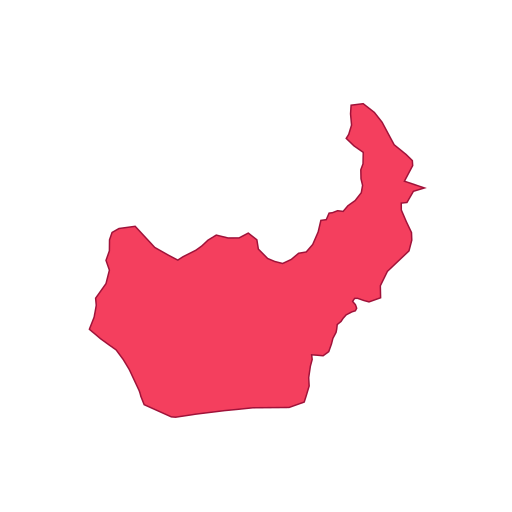 Psevdas, Larnaca, Cyprus, rotated 218°
{"feature_id": "46923920B98368391425464", "entity_name": "Psevdas", "entity_type": "district", "adm_level": 2, "iso_a3": "CYP", "parent_name": "Cyprus", "parent_adm1": "Larnaca", "projection": "equal_earth", "projection_center": [33.47, 34.949], "detail": "fine", "context": "isolated", "style": "filled", "palette": "rose", "viewbox_px": 512, "rotation_deg": 218, "n_neighbors": 0, "source": "geoboundaries", "source_scale": "gbopen_adm2", "svg_char_len": 1806}
<svg xmlns="http://www.w3.org/2000/svg" viewBox="0 0 512 512"><g transform="rotate(218 256 256)"><path d="M128.1,170.6L130.2,176.3L134.1,186.3L139.6,192.6L145.3,202.6L148.0,209.0L151.3,212.4L147.3,215.1L141.7,218.7L139.8,225.4L142.4,233.2L144.7,238.4L145.9,245.1L147.3,247.9L149.8,252.0L148.7,256.8L149.0,260.4L148.7,265.2L146.1,270.9L144.0,274.0L144.5,276.8L147.6,278.8L151.9,279.7L152.2,283.3L149.9,285.2L143.7,287.3L138.7,289.4L132.1,299.8L139.7,309.1L143.0,324.8L138.6,354.2L143.0,364.4L147.9,370.2L158.9,375.7L169.8,381.7L174.1,387.1L170.0,391.1L171.8,403.9L165.2,413.3L185.1,406.3L188.2,423.7L191.5,427.4L200.1,428.4L215.6,428.7L228.1,434.2L238.9,439.0L251.1,442.0L265.3,442.0L273.9,433.4L273.7,433.1L269.0,426.2L261.3,418.0L257.8,408.9L257.3,404.2L246.5,403.1L235.3,403.7L228.4,394.5L226.5,388.5L220.8,381.5L215.5,377.3L212.0,370.7L212.0,365.8L212.0,360.7L214.5,352.3L214.8,344.8L219.6,341.9L222.4,337.2L224.8,334.8L223.0,327.9L226.8,324.0L221.8,313.2L218.4,300.0L218.9,290.1L224.1,284.4L226.1,275.0L230.4,266.5L237.9,263.2L245.3,261.2L258.4,262.9L265.3,269.3L276.2,269.3L280.5,259.8L289.1,253.0L300.2,248.0L303.6,238.9L304.9,230.5L306.9,223.6L313.1,210.4L315.1,204.6L325.7,202.7L341.1,200.4L369.5,205.0L380.9,193.3L383.6,186.7L383.9,185.9L381.4,178.6L374.7,169.8L371.5,160.2L362.8,154.6L357.2,141.9L356.4,124.0L352.0,119.3L351.4,118.6L348.1,112.4L347.0,110.2L346.6,109.5L346.5,109.4L345.9,108.1L345.6,107.2L342.2,95.7L341.0,95.6L339.9,95.6L338.7,95.5L338.0,95.5L334.4,95.4L327.4,95.1L316.5,95.5L308.4,95.9L296.9,92.7L286.4,88.7L285.1,88.1L265.2,78.0L263.2,76.7L261.3,75.3L260.6,74.7L252.6,70.0L223.7,77.1L220.1,79.5L208.7,91.5L206.4,94.0L190.8,109.6L185.6,114.8L176.1,123.8L170.4,129.3L165.0,134.5L139.7,154.6L136.7,157.0L128.1,170.6Z" fill="#f43f5e" stroke="#9f1239" stroke-width="1.5"/></g></svg>